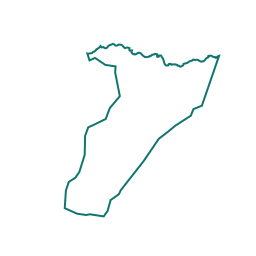 Fray Marcos, Florida, Uruguay (Robinson projection), rotated 199°
{"feature_id": "84410073B87921913847121", "entity_name": "Fray Marcos", "entity_type": "district", "adm_level": 2, "iso_a3": "URY", "parent_name": "Uruguay", "parent_adm1": "Florida", "projection": "robinson", "projection_center": [-55.745, -34.114], "detail": "fine", "context": "isolated", "style": "outline", "palette": "teal", "viewbox_px": 256, "rotation_deg": 199, "n_neighbors": 0, "source": "geoboundaries", "source_scale": "gbopen_adm2", "svg_char_len": 4697}
<svg xmlns="http://www.w3.org/2000/svg" viewBox="0 0 256 256"><g transform="rotate(199 128 128)"><path d="M180.6,196.5L181.1,195.6L181.5,194.5L182.3,193.5L182.9,192.5L183.5,192.2L183.7,191.1L184.3,189.9L184.8,189.1L185.7,188.7L186.2,187.5L187.3,186.5L188.6,186.1L189.7,185.1L190.6,185.1L186.4,179.4L182.0,183.5L169.9,180.3L159.8,182.2L158.2,176.3L146.1,155.4L151.7,140.9L152.0,129.3L162.1,119.2L165.8,115.7L166.0,106.6L160.2,88.5L159.7,70.6L161.6,63.8L166.4,57.8L166.4,48.8L161.7,31.6L148.2,30.4L139.3,32.1L136.0,34.0L122.2,36.5L120.3,43.0L121.0,54.2L115.1,62.4L114.6,66.8L102.4,101.9L95.4,127.8L89.8,136.2L83.8,145.9L72.6,160.1L72.3,167.1L65.4,173.2L65.4,225.6L65.5,225.5L65.8,225.5L65.9,225.4L66.1,225.3L66.2,225.2L66.3,225.0L66.3,224.9L66.4,224.7L66.5,224.6L66.8,224.4L67.0,224.2L67.1,223.9L67.2,223.7L67.3,223.2L67.5,223.0L67.6,222.9L67.8,222.8L68.0,222.9L68.1,223.2L68.2,223.3L68.4,223.3L68.5,223.3L68.8,223.4L69.0,223.4L69.3,223.2L69.7,223.1L69.9,223.0L70.1,223.0L70.3,223.0L70.6,223.0L71.0,223.0L71.3,223.0L71.6,223.2L71.7,223.3L72.2,223.4L72.6,223.5L72.8,223.5L73.2,223.4L73.6,223.2L73.8,223.1L74.3,222.8L74.7,222.6L74.9,222.5L75.3,222.5L75.4,222.4L75.5,222.3L75.6,222.1L75.6,221.9L75.5,221.7L75.4,221.7L75.2,221.5L75.0,221.4L75.1,221.1L75.3,220.7L75.6,220.5L75.7,220.4L75.8,220.3L75.9,220.2L76.1,220.1L76.2,219.9L76.5,219.5L76.8,219.1L77.0,218.9L77.0,218.7L77.1,218.2L77.2,217.7L77.5,217.0L77.7,216.7L77.8,216.5L78.1,216.1L78.7,215.4L78.8,215.3L79.1,215.2L79.3,215.2L79.5,215.0L79.6,214.9L79.8,214.8L80.3,214.7L80.7,214.6L80.9,214.5L81.1,214.5L81.5,214.6L81.9,214.7L82.1,214.7L82.6,214.7L83.0,214.9L83.1,215.0L83.3,215.0L83.5,215.0L83.9,215.0L84.2,215.1L84.6,215.0L84.8,215.0L85.2,214.9L85.3,214.9L85.9,214.6L86.7,214.3L87.0,214.1L87.4,214.0L87.6,214.0L88.0,214.0L88.3,214.0L88.6,213.9L88.8,213.7L89.0,213.4L89.1,213.1L89.3,212.9L89.5,212.5L90.1,212.0L90.8,211.6L91.1,211.4L91.4,211.1L91.6,210.9L91.8,210.7L92.0,210.4L92.1,210.2L92.3,209.9L92.7,209.5L92.9,209.3L93.0,209.1L93.4,208.7L93.6,208.5L93.8,208.3L94.0,208.2L94.4,208.0L94.8,207.7L95.0,207.6L95.6,207.3L95.8,207.2L96.0,207.0L96.1,206.9L96.2,206.7L96.3,206.6L96.2,206.4L96.2,206.0L96.2,205.9L96.2,205.3L96.4,205.2L96.5,205.0L96.8,204.7L97.1,204.3L97.2,204.2L97.5,203.8L97.7,203.5L97.8,203.4L98.0,203.3L98.3,203.2L98.5,203.1L98.9,203.1L99.3,203.2L99.6,203.2L99.8,203.3L100.1,203.4L100.3,203.5L100.5,203.4L100.8,203.3L101.0,203.2L101.4,203.1L101.6,203.1L102.0,203.6L102.4,203.7L102.5,203.7L103.1,203.6L103.3,203.6L103.6,203.6L103.9,203.6L104.0,203.5L104.2,203.4L104.4,203.3L104.6,203.2L104.9,203.2L105.1,203.2L105.5,203.1L106.0,202.8L106.3,202.6L106.9,202.4L107.1,202.3L107.2,202.2L107.3,202.1L107.5,202.0L108.0,202.4L108.1,202.5L108.4,202.5L108.6,202.5L108.8,202.4L109.0,202.2L109.5,202.1L109.9,202.0L110.1,201.9L110.3,201.7L110.3,201.3L110.3,201.2L110.2,200.9L110.2,200.6L110.3,200.4L110.5,200.1L111.0,200.0L111.7,199.7L112.0,199.7L112.3,199.6L112.5,199.6L113.2,199.8L113.6,200.0L114.3,200.7L114.5,200.9L114.6,201.0L114.8,201.2L114.9,201.3L115.0,201.5L115.3,202.0L115.5,202.1L115.6,202.3L115.8,202.6L115.9,202.8L116.0,202.9L116.1,203.1L116.3,203.4L116.5,203.7L116.5,203.8L116.6,204.0L116.8,204.2L116.9,204.3L117.0,204.4L117.1,204.6L117.6,205.0L118.0,205.4L118.2,205.5L118.5,205.7L118.7,205.8L118.9,205.9L119.0,206.0L119.4,206.3L119.7,206.6L119.8,206.7L119.8,206.9L119.9,207.0L120.0,207.0L120.5,207.2L121.2,207.0L121.3,207.0L121.5,207.0L121.8,206.8L122.0,206.7L122.1,206.4L122.1,206.2L122.1,205.9L122.1,205.6L122.3,205.5L122.4,205.4L122.6,205.4L122.9,205.2L123.1,205.1L123.3,205.0L123.4,204.9L123.5,205.0L123.8,205.2L123.9,205.4L124.0,205.6L123.9,205.8L123.9,206.1L123.9,206.4L124.0,206.7L124.1,206.9L124.2,207.0L124.3,207.1L124.5,207.2L124.8,207.2L125.0,207.1L125.3,207.0L125.5,207.0L125.8,206.9L126.1,206.9L126.4,206.9L126.5,206.9L126.9,206.7L127.0,206.6L127.0,206.3L127.2,206.2L127.3,206.1L128.3,205.6L128.5,205.3L128.7,205.1L128.8,205.0L129.0,205.0L129.0,204.9L129.3,204.6L129.5,204.4L129.6,204.2L129.8,203.8L129.9,203.6L130.0,203.4L130.3,203.3L130.5,203.1L130.9,202.8L131.0,202.8L131.0,202.7L131.5,202.2L132.7,201.4L133.7,201.0L135.1,200.6L136.2,200.9L137.7,201.4L139.1,202.1L140.3,202.8L141.8,202.8L142.8,202.5L143.5,201.7L144.2,200.6L145.4,199.8L146.1,200.1L146.8,199.5L147.9,199.8L149.1,200.4L149.5,201.4L149.5,202.6L150.2,202.4L151.2,201.8L152.0,202.0L152.4,203.0L152.6,204.0L154.4,204.0L155.8,203.4L156.6,202.6L157.3,202.6L158.8,203.3L159.8,203.9L161.1,204.5L162.5,204.2L163.9,203.9L165.0,202.7L165.9,202.0L167.0,201.9L168.3,202.5L169.7,202.6L171.0,201.3L172.7,200.1L173.4,198.9L173.8,197.4L174.9,196.2L176.3,196.0L177.6,196.5L179.3,195.6L180.2,196.0L180.6,196.5Z" fill="none" stroke="#0f766e" stroke-width="2"/></g></svg>